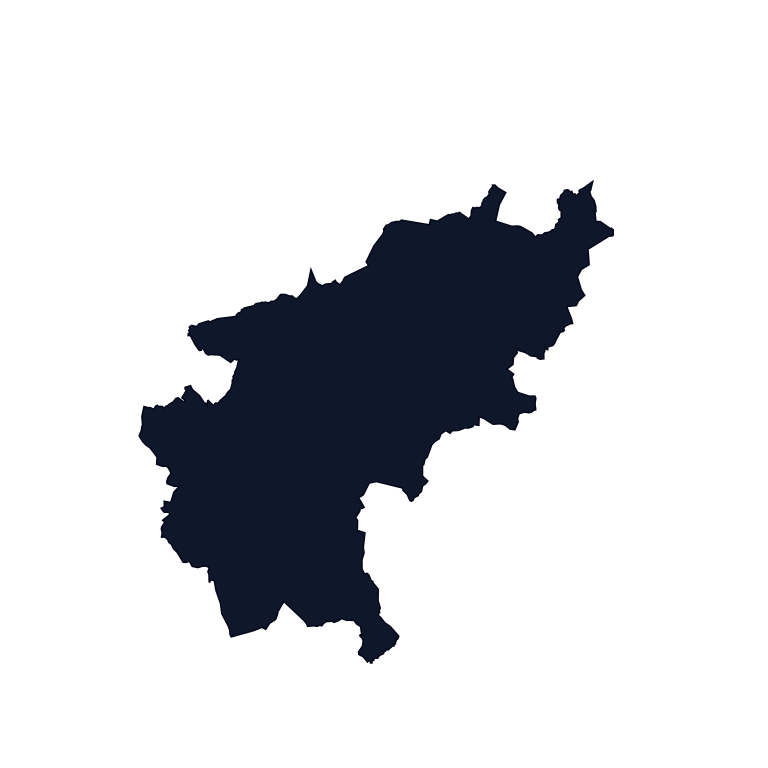 Portlaoise Lea-7, Laoighis, Ireland, rotated 42°
{"feature_id": "5873133B8866665595403", "entity_name": "Portlaoise Lea-7", "entity_type": "district", "adm_level": 2, "iso_a3": "IRL", "parent_name": "Ireland", "parent_adm1": "Laoighis", "projection": "albers", "projection_center": [-7.298, 52.987], "detail": "fine", "context": "isolated", "style": "filled", "palette": "ink", "viewbox_px": 768, "rotation_deg": 42, "n_neighbors": 0, "source": "geoboundaries", "source_scale": "gbopen_adm2", "svg_char_len": 6169}
<svg xmlns="http://www.w3.org/2000/svg" viewBox="0 0 768 768"><g transform="rotate(42 384 384)"><path d="M354.0,650.9L356.4,648.9L357.6,646.5L359.6,646.4L363.5,647.9L368.5,645.0L371.2,640.7L373.3,638.7L375.4,637.7L377.5,638.0L378.6,641.2L381.5,642.8L386.1,647.7L386.8,648.0L387.0,647.3L386.5,646.5L386.8,645.1L389.5,643.7L397.3,649.9L409.2,656.4L417.2,663.3L430.8,668.3L434.3,670.4L437.1,673.1L439.7,674.2L452.4,654.1L456.1,646.5L460.3,645.4L459.1,638.3L460.8,632.4L460.8,630.8L458.6,625.6L457.7,625.0L455.1,612.7L482.8,613.3L487.3,614.1L489.3,615.3L493.5,610.8L496.5,608.8L497.7,606.3L499.6,605.4L499.3,602.8L500.0,599.3L504.2,595.1L506.5,594.5L508.6,590.1L509.5,586.7L514.4,584.6L519.6,579.9L524.5,580.7L528.9,579.9L535.2,585.3L534.1,586.4L534.5,587.3L538.1,587.7L540.5,588.9L543.4,593.3L544.3,600.1L546.3,601.9L550.9,600.6L557.7,601.7L557.9,599.4L560.3,599.7L560.6,600.3L561.7,599.5L560.7,597.8L561.0,596.3L560.2,595.7L561.0,595.5L560.2,594.3L562.9,591.8L562.2,590.5L562.5,590.0L561.8,589.6L563.9,585.4L563.7,584.5L562.6,583.9L563.6,583.6L562.9,582.6L563.8,581.7L563.1,581.2L563.5,580.6L563.1,580.0L565.0,578.9L565.6,573.2L566.7,572.0L565.5,570.2L566.2,570.1L566.2,569.2L564.9,568.7L565.3,567.5L564.3,565.7L564.8,564.5L563.7,561.5L550.8,560.0L544.6,560.9L537.3,559.6L534.9,559.9L533.4,557.5L533.7,556.6L532.1,555.7L531.2,553.0L524.7,549.1L517.0,540.3L508.8,539.1L507.9,538.3L505.7,538.6L500.5,536.0L498.0,536.1L496.7,538.2L491.5,536.2L485.2,529.3L482.2,522.8L478.0,519.3L469.5,507.4L463.9,509.7L462.6,511.1L455.6,503.0L452.3,502.3L451.2,495.1L449.7,492.3L451.1,491.1L451.8,488.9L440.8,485.4L442.1,483.2L442.8,480.1L439.3,467.5L443.6,461.6L466.8,449.2L468.5,449.2L469.0,450.3L475.3,450.6L481.2,453.3L482.9,452.7L483.4,451.2L482.5,448.2L484.1,444.1L483.4,443.0L483.7,438.9L480.9,433.9L481.7,430.2L481.5,426.8L474.3,426.7L467.0,418.6L467.5,417.4L465.2,413.1L464.6,413.0L465.1,409.4L460.2,397.2L460.3,392.4L461.7,387.9L459.7,383.0L461.1,377.3L466.1,376.4L465.9,373.2L470.4,368.7L473.6,362.4L476.1,360.4L478.6,356.1L477.5,354.3L482.2,351.3L476.6,344.6L481.0,342.9L491.9,341.0L497.0,335.8L499.8,334.3L501.8,333.5L507.7,333.2L511.9,330.5L508.9,322.0L507.7,321.7L505.8,319.3L504.3,315.7L507.2,310.9L511.1,308.3L512.5,305.9L512.9,303.3L514.1,301.7L509.2,297.3L506.3,292.9L504.2,292.0L499.8,296.0L488.9,300.8L482.8,298.8L475.7,293.8L474.5,293.9L473.8,289.9L465.3,290.7L466.8,283.2L462.5,277.7L462.2,271.8L460.3,270.2L460.3,268.6L461.7,269.0L467.8,266.1L474.3,264.8L479.8,261.0L480.7,262.2L483.5,261.1L485.9,258.3L482.2,254.3L481.4,251.8L479.7,249.9L482.7,249.0L480.9,246.7L483.7,242.5L483.5,239.2L482.7,237.2L481.9,237.0L481.8,236.5L482.4,236.4L480.3,227.4L481.9,225.4L482.2,223.4L480.3,222.6L480.2,220.8L479.6,220.7L482.1,214.7L483.7,212.8L479.7,210.1L467.9,204.2L474.4,197.1L473.9,195.0L472.6,194.9L473.8,194.4L472.9,192.5L473.9,183.8L467.7,182.1L456.0,174.9L454.0,166.7L456.6,158.0L445.4,147.3L452.3,123.6L454.8,120.9L454.6,119.8L451.1,116.0L450.5,116.0L448.5,116.2L448.6,117.0L436.0,118.6L433.8,120.5L434.0,121.1L432.6,121.3L425.5,114.8L426.2,114.1L422.5,110.3L417.4,107.0L412.6,106.1L408.1,103.5L408.0,101.9L403.6,93.8L401.2,104.8L399.5,109.1L399.8,110.2L401.4,110.9L400.8,114.8L400.2,115.6L398.7,114.9L397.7,116.5L394.6,115.2L394.5,116.1L393.7,116.6L390.8,116.5L388.5,119.3L389.4,121.4L389.1,125.6L390.8,128.9L389.4,130.6L389.6,131.2L391.4,132.9L391.2,132.0L392.3,131.3L392.5,132.8L393.8,133.5L396.2,136.6L398.2,137.3L399.0,136.6L400.0,137.0L404.6,142.0L403.6,145.0L405.4,145.4L404.8,145.8L405.6,147.3L405.0,150.4L407.0,153.7L407.0,155.6L405.7,157.1L406.0,157.8L404.9,160.9L402.3,164.2L402.0,167.5L398.4,170.2L398.3,173.7L393.2,172.7L380.1,175.6L377.9,176.9L373.3,181.4L358.0,188.3L349.7,173.6L346.4,160.3L337.3,162.1L333.4,161.9L331.5,163.6L332.6,164.4L332.9,169.6L333.4,171.2L334.6,171.8L335.3,173.2L335.5,176.2L334.6,178.1L334.7,180.6L335.6,182.1L335.7,183.9L337.7,186.3L336.8,189.4L334.4,191.1L334.4,192.1L332.0,193.3L332.9,196.5L336.3,200.9L336.6,204.7L325.2,206.0L325.0,207.1L323.0,208.9L322.7,210.4L320.8,212.3L320.3,213.9L318.9,214.6L318.2,215.9L314.6,227.4L308.5,230.7L311.1,235.4L287.2,250.6L287.4,252.2L284.4,255.0L281.5,259.1L281.0,261.9L279.4,264.8L280.1,269.3L281.4,270.0L282.9,273.7L284.0,287.8L289.0,305.2L293.4,306.2L283.6,330.5L283.9,333.1L284.6,334.8L284.9,339.6L280.3,340.3L278.4,339.5L277.6,342.5L277.7,344.7L273.9,348.6L272.3,352.5L267.1,353.7L264.7,353.5L253.1,347.8L261.5,362.1L262.4,373.6L262.2,379.0L260.4,379.9L256.3,380.2L255.8,381.4L250.4,383.7L247.2,386.7L247.7,392.8L247.0,396.0L244.8,398.0L244.4,400.8L243.5,400.8L242.6,402.1L241.2,402.2L240.2,404.0L238.6,404.7L237.9,406.5L235.2,409.7L234.8,411.7L235.4,412.9L234.7,413.2L229.4,420.9L228.5,424.5L229.6,426.0L228.0,429.4L228.1,431.8L229.0,432.6L216.4,447.1L212.9,454.7L211.3,454.6L206.3,463.0L206.3,466.7L202.0,469.0L201.3,470.8L201.3,472.1L202.6,472.5L203.1,474.9L205.2,475.6L204.9,477.8L206.0,479.1L207.8,477.6L217.4,481.2L224.3,482.7L225.6,481.3L224.9,480.5L225.9,478.7L230.9,480.5L234.0,480.1L235.7,477.9L242.7,472.3L255.6,470.5L256.0,467.2L255.5,466.8L256.0,465.6L258.3,464.9L259.5,462.8L263.8,470.4L265.1,475.1L266.0,475.3L266.9,479.7L268.6,480.7L268.6,482.6L270.7,484.9L273.6,490.6L273.4,494.7L274.1,498.7L273.3,505.4L273.6,509.3L271.5,510.8L271.8,514.2L264.3,513.8L264.2,514.6L266.8,518.2L265.6,518.4L264.3,517.6L263.6,518.4L254.8,516.1L245.4,516.3L241.4,514.7L238.4,519.5L239.4,520.8L241.4,520.9L243.0,529.5L246.8,529.2L247.5,531.4L240.1,532.0L239.0,534.0L239.3,538.3L237.9,542.7L237.7,545.3L236.8,546.2L237.0,548.9L234.0,549.2L231.2,551.7L229.8,551.5L229.1,553.0L229.9,556.9L226.0,557.9L224.8,559.3L220.7,561.3L225.8,570.2L232.0,576.0L232.5,577.7L234.8,581.0L236.7,586.4L243.3,588.3L248.0,588.7L252.9,588.0L264.3,590.2L268.7,595.8L274.5,593.4L277.0,590.8L279.4,590.6L283.1,591.7L285.6,593.2L286.1,598.0L287.9,602.1L289.6,603.2L296.7,600.4L300.3,596.8L300.2,604.9L304.8,614.7L299.1,618.2L302.9,622.2L301.5,625.5L306.1,626.5L310.5,623.1L311.2,623.7L312.1,624.9L310.7,633.4L313.5,633.2L314.5,639.1L315.6,640.8L318.8,643.1L321.1,646.7L323.9,644.3L327.5,644.4L330.1,645.7L333.2,645.4L338.2,647.4L343.1,647.5L354.0,650.9Z" fill="#0f172a" stroke="#020617" stroke-width="1.5"/></g></svg>